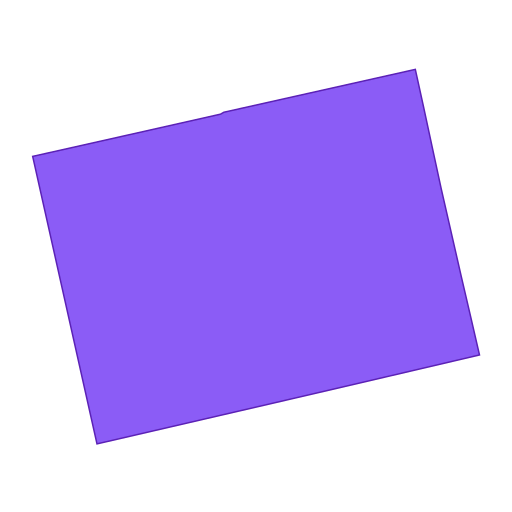 outline of Brown, South Dakota, United States of America, rotated 77°
{"feature_id": "52423323B36671572190514", "entity_name": "Brown", "entity_type": "district", "adm_level": 2, "iso_a3": "USA", "parent_name": "United States of America", "parent_adm1": "South Dakota", "projection": "albers", "projection_center": [-98.311, 45.59], "detail": "fine", "context": "isolated", "style": "filled", "palette": "violet", "viewbox_px": 512, "rotation_deg": 77, "n_neighbors": 0, "source": "geoboundaries", "source_scale": "gbopen_adm2", "svg_char_len": 388}
<svg xmlns="http://www.w3.org/2000/svg" viewBox="0 0 512 512"><g transform="rotate(77 256 256)"><path d="M403.2,256.7L403.0,158.4L402.7,60.5L399.5,60.5L391.2,60.5L366.7,60.5L321.9,60.6L321.5,60.6L231.6,60.4L195.3,59.9L148.8,59.2L110.0,58.8L108.7,255.0L109.8,258.6L109.3,353.1L108.7,451.2L110.6,451.2L403.3,453.2L403.2,256.7Z" fill="#8b5cf6" stroke="#5b21b6" stroke-width="1.5"/></g></svg>